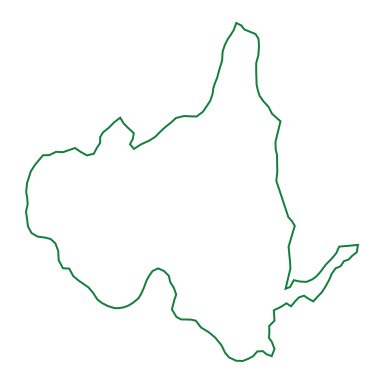 Cruzeiro da Fortaleza, Minas Gerais, Brazil (Natural Earth projection)
{"feature_id": "56859067B23178388269871", "entity_name": "Cruzeiro da Fortaleza", "entity_type": "district", "adm_level": 2, "iso_a3": "BRA", "parent_name": "Brazil", "parent_adm1": "Minas Gerais", "projection": "natural_earth1", "projection_center": [-46.666, -18.961], "detail": "fine", "context": "isolated", "style": "outline", "palette": "green", "viewbox_px": 384, "rotation_deg": 0, "n_neighbors": 0, "source": "geoboundaries", "source_scale": "gbopen_adm2", "svg_char_len": 2274}
<svg xmlns="http://www.w3.org/2000/svg" viewBox="0 0 384 384"><path d="M358.0,244.9L348.4,245.8L339.1,246.6L336.3,253.2L331.3,259.1L326.0,264.4L320.3,272.0L316.2,276.6L311.9,279.6L306.4,281.9L299.7,281.5L293.8,280.2L290.1,287.0L285.6,288.7L288.3,277.3L290.4,268.6L290.1,262.7L288.6,246.6L294.8,225.8L291.9,221.2L288.3,217.0L282.1,198.2L276.3,180.8L277.3,172.4L277.0,154.8L275.7,149.5L275.5,141.8L280.5,121.3L276.5,117.8L272.0,113.7L268.5,106.8L263.5,101.4L259.5,95.7L257.7,89.8L256.6,84.5L256.4,77.7L256.2,71.8L256.2,63.1L258.4,55.1L259.0,45.8L258.5,38.8L255.5,34.0L249.6,31.6L244.4,29.5L241.2,25.4L236.3,23.0L233.8,29.9L231.1,34.3L227.8,39.1L224.8,45.0L222.6,51.7L222.1,60.8L219.4,69.3L217.2,77.7L214.9,83.3L213.3,88.4L212.5,94.3L210.2,100.8L206.7,106.2L202.9,111.8L196.6,116.5L190.0,116.3L184.1,116.0L176.0,118.0L171.2,122.4L165.0,127.3L159.9,132.1L155.1,137.0L148.9,140.8L140.9,144.4L134.0,148.9L130.0,144.2L132.8,138.9L133.8,133.2L128.3,128.1L123.6,123.4L120.2,117.7L114.6,121.9L108.4,128.1L103.1,132.3L100.2,137.0L100.1,143.0L96.8,148.0L93.8,153.7L87.0,155.4L80.5,151.8L75.0,148.0L69.0,150.1L62.9,152.2L56.1,151.8L49.1,155.2L43.1,155.2L39.1,159.9L35.0,164.9L30.8,171.3L29.1,176.8L27.0,183.3L26.2,192.2L27.2,198.0L27.7,204.1L26.0,211.6L27.0,218.4L28.0,226.5L31.5,233.0L37.6,236.6L45.6,237.7L50.6,239.0L55.4,243.4L58.2,250.8L58.7,260.3L63.0,268.3L69.2,268.6L73.2,276.0L79.0,280.9L83.8,284.1L88.5,287.4L93.1,292.9L97.4,299.5L101.8,302.9L107.7,306.0L114.3,308.1L119.2,308.1L123.8,307.3L128.6,305.5L133.1,302.7L138.4,298.4L141.1,294.0L143.8,287.9L146.7,280.2L149.6,275.1L152.6,271.0L158.1,268.4L164.0,271.0L168.8,275.8L170.3,282.3L173.8,287.7L176.2,294.5L174.3,300.1L171.9,309.3L176.5,317.0L181.0,319.4L190.8,319.6L195.9,320.7L200.9,327.4L208.9,332.3L215.2,337.6L221.5,345.3L225.0,352.6L229.0,357.4L236.1,360.7L242.6,361.0L248.1,358.9L253.2,356.2L257.2,351.5L262.7,351.1L266.5,354.2L271.7,356.2L274.5,349.0L272.0,342.3L269.0,337.8L269.4,331.9L269.2,326.0L274.5,320.6L273.8,310.3L281.3,306.7L286.4,303.3L291.1,306.3L294.9,301.6L298.9,297.4L304.1,295.7L308.4,298.7L313.2,301.4L316.9,297.4L322.0,292.1L325.7,286.2L329.0,280.2L331.6,274.0L335.5,268.4L340.6,266.2L343.9,261.2L348.7,259.5L352.5,255.5L356.7,252.3L358.0,244.9Z" fill="none" stroke="#15803d" stroke-width="2"/></svg>